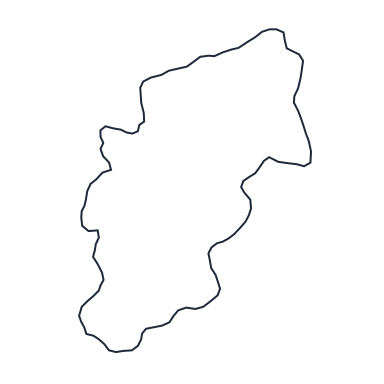 the district of Prudente de Morais, Minas Gerais, Brazil, rotated 346°
{"feature_id": "56859067B84825617066138", "entity_name": "Prudente de Morais", "entity_type": "district", "adm_level": 2, "iso_a3": "BRA", "parent_name": "Brazil", "parent_adm1": "Minas Gerais", "projection": "albers", "projection_center": [-44.114, -19.47], "detail": "fine", "context": "isolated", "style": "outline", "palette": "slate", "viewbox_px": 384, "rotation_deg": 346, "n_neighbors": 0, "source": "geoboundaries", "source_scale": "gbopen_adm2", "svg_char_len": 1701}
<svg xmlns="http://www.w3.org/2000/svg" viewBox="0 0 384 384"><g transform="rotate(346 192 192)"><path d="M191.9,298.4L195.8,292.7L195.5,286.6L194.8,278.0L192.2,270.5L192.8,262.4L193.1,255.5L197.6,250.4L203.9,247.8L209.9,247.6L216.0,246.0L222.7,243.1L230.2,238.3L237.1,233.4L241.7,228.1L245.3,222.2L246.7,213.5L242.6,205.2L240.9,199.1L244.4,193.8L251.0,191.3L257.9,189.1L264.1,183.9L269.3,179.2L275.3,176.9L283.0,183.6L292.4,187.4L300.2,190.3L307.0,194.1L314.0,192.2L317.3,181.4L317.6,170.6L316.7,163.2L316.1,153.2L315.5,146.1L314.6,139.0L312.5,129.9L314.5,123.8L320.0,117.1L324.8,107.9L328.4,99.3L331.5,91.5L329.2,84.4L324.2,80.2L318.7,75.5L318.7,67.9L319.4,59.3L313.1,54.5L306.5,52.9L298.7,53.5L290.9,57.0L283.7,59.3L277.7,61.4L272.0,63.4L264.5,63.3L255.3,64.0L246.7,65.6L240.8,63.7L232.7,62.8L224.3,66.3L217.4,69.1L208.1,68.9L198.8,68.7L190.7,71.0L179.9,71.0L171.4,73.0L167.0,78.3L165.8,85.0L164.3,93.3L164.3,103.7L162.6,112.1L157.1,114.2L154.2,119.9L148.4,120.9L142.9,118.4L137.9,114.2L131.4,111.4L123.9,107.3L118.0,110.1L116.6,116.5L117.8,122.9L113.6,128.2L114.5,135.9L118.7,143.5L118.8,150.9L109.8,151.5L102.2,156.6L95.6,159.5L90.6,165.8L87.3,173.5L84.3,179.4L80.3,184.0L78.3,190.3L77.3,198.3L82.2,204.9L91.2,206.4L90.6,213.7L86.1,219.2L83.7,224.9L80.3,231.0L83.0,239.0L85.2,248.4L84.9,255.9L80.9,260.2L77.7,265.1L71.1,269.1L63.9,272.7L57.2,276.8L52.5,284.8L53.1,291.1L54.7,297.2L55.2,304.2L61.6,307.6L66.0,312.4L70.2,318.5L73.1,325.5L79.4,328.9L87.0,329.6L95.4,331.1L102.3,328.2L107.0,322.7L109.4,317.2L114.3,313.6L122.6,314.0L130.7,314.4L138.5,313.0L144.2,307.7L150.0,303.5L158.4,302.8L167.0,306.3L175.1,306.1L182.9,302.8L191.9,298.4Z" fill="none" stroke="#1e293b" stroke-width="2"/></g></svg>